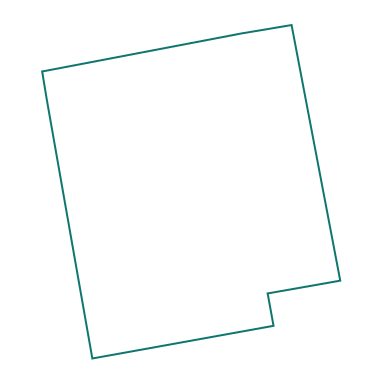 the district of Palo Pinto, Texas, United States of America, rotated 169°
{"feature_id": "52423323B58285060103577", "entity_name": "Palo Pinto", "entity_type": "district", "adm_level": 2, "iso_a3": "USA", "parent_name": "United States of America", "parent_adm1": "Texas", "projection": "albers", "projection_center": [-98.332, 32.76], "detail": "fine", "context": "isolated", "style": "outline", "palette": "teal", "viewbox_px": 384, "rotation_deg": 169, "n_neighbors": 0, "source": "geoboundaries", "source_scale": "gbopen_adm2", "svg_char_len": 279}
<svg xmlns="http://www.w3.org/2000/svg" viewBox="0 0 384 384"><g transform="rotate(169 192 192)"><path d="M316.9,311.0L321.6,47.6L137.5,45.1L137.1,78.0L63.4,76.7L62.9,207.3L62.4,336.9L112.9,338.2L316.1,338.9L316.9,311.0Z" fill="none" stroke="#0f766e" stroke-width="2"/></g></svg>